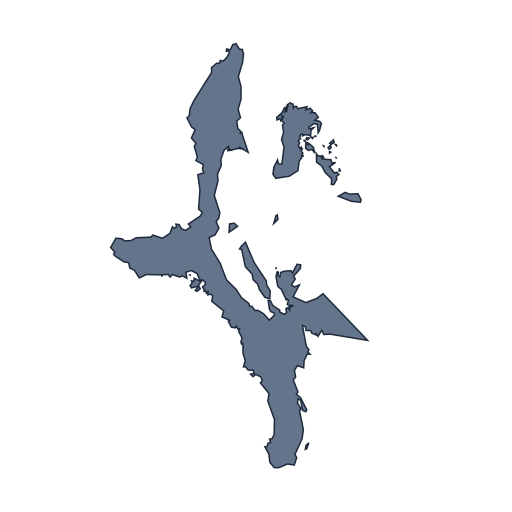 Quezon, Quezon, Philippines, rotated 24°
{"feature_id": "2640588B64856500371355", "entity_name": "Quezon", "entity_type": "district", "adm_level": 2, "iso_a3": "PHL", "parent_name": "Philippines", "parent_adm1": "Quezon", "projection": "orthographic", "projection_center": [122.074, 14.189], "detail": "fine", "context": "isolated", "style": "filled", "palette": "slate", "viewbox_px": 512, "rotation_deg": 24, "n_neighbors": 0, "source": "geoboundaries", "source_scale": "gbopen_adm2", "svg_char_len": 6175}
<svg xmlns="http://www.w3.org/2000/svg" viewBox="0 0 512 512"><g transform="rotate(24 256 256)"><path d="M140.8,106.2L136.1,139.1L135.8,148.2L138.0,155.0L136.7,157.9L144.8,164.4L149.0,165.3L149.0,174.5L155.4,177.6L155.0,180.9L162.2,189.5L162.3,193.3L170.8,193.9L171.6,198.1L174.4,201.2L169.8,205.4L177.8,218.2L184.5,236.6L189.1,237.9L189.0,241.9L181.2,254.3L184.5,255.9L181.3,261.2L176.8,261.4L173.1,258.6L169.9,259.4L171.6,261.9L169.9,264.0L167.8,263.3L168.1,270.5L163.2,277.9L153.3,278.8L152.2,281.6L139.2,288.0L135.4,292.8L130.0,295.6L126.4,294.8L120.8,296.7L119.7,307.3L125.4,309.9L125.2,312.2L127.1,313.3L137.7,315.1L142.4,313.9L145.6,318.3L150.8,318.5L158.3,323.5L163.4,317.5L177.7,311.5L178.4,313.2L178.0,311.3L183.3,308.6L186.1,310.2L187.1,307.0L194.7,306.3L196.9,304.1L201.9,304.4L198.5,299.4L202.8,295.6L209.3,296.0L215.2,301.4L216.2,299.5L220.4,300.6L221.2,303.4L219.7,306.0L223.1,308.6L222.5,310.0L223.9,308.0L225.7,310.1L226.8,308.1L227.7,311.1L230.6,309.1L232.7,310.2L233.9,315.3L248.8,319.3L249.7,325.5L258.1,325.4L257.2,326.9L262.5,331.0L266.2,330.1L266.7,328.0L269.1,330.2L270.5,329.2L270.9,332.0L276.5,336.5L277.3,341.0L278.7,342.3L279.2,341.3L279.6,341.1L283.7,350.2L288.7,356.0L289.7,362.4L291.4,361.3L295.1,363.4L300.1,361.6L302.0,364.0L299.1,366.2L302.4,367.4L304.0,364.3L309.7,364.5L312.6,367.5L311.6,370.1L323.8,376.4L325.8,383.7L339.4,397.9L345.2,411.8L345.0,416.3L342.9,417.8L345.3,420.6L343.1,422.1L343.6,425.7L341.7,426.7L348.3,431.7L352.6,438.9L358.7,441.9L363.1,440.0L369.2,433.3L376.0,431.4L375.2,423.6L372.3,421.5L372.4,404.0L369.9,395.4L359.1,380.2L358.8,376.8L353.7,373.5L352.5,369.4L355.6,369.7L361.3,378.1L364.8,378.0L365.0,376.0L354.2,367.2L349.0,365.9L349.6,363.1L340.5,354.2L341.4,350.3L337.7,345.1L338.4,339.3L345.1,338.8L342.5,332.0L342.7,324.8L345.3,323.6L342.4,322.7L342.4,320.1L338.5,317.8L326.8,300.7L329.9,300.5L332.0,303.7L336.4,301.9L338.2,303.8L342.6,303.7L342.3,303.2L342.4,302.5L345.3,304.3L346.3,297.1L349.9,300.1L355.7,297.2L392.3,287.7L332.5,263.2L329.0,269.8L320.5,278.3L306.5,278.2L307.4,264.7L303.7,268.6L300.1,267.9L301.2,261.0L298.6,259.1L301.6,249.4L300.4,245.9L296.9,246.8L296.2,256.7L293.9,255.2L287.8,258.5L285.2,261.1L286.3,265.3L284.3,265.2L283.0,261.8L282.2,261.5L281.8,262.1L282.7,266.7L288.2,274.8L293.1,276.4L301.6,283.9L302.1,282.5L303.8,283.4L304.2,287.4L307.2,288.3L307.8,286.5L310.0,286.7L307.5,289.4L308.7,291.6L306.2,290.1L304.7,291.9L307.0,295.4L305.6,297.7L300.4,297.5L299.8,295.8L291.3,294.3L287.4,291.0L285.1,291.5L289.7,298.9L292.1,300.8L295.9,300.7L296.8,302.5L294.4,309.2L286.4,305.7L280.0,304.8L277.5,306.2L272.8,303.7L270.4,304.4L268.9,302.3L259.5,299.9L251.7,294.7L238.7,289.8L226.2,277.2L212.6,267.9L205.7,258.2L210.0,253.4L210.8,245.6L205.6,240.8L206.6,236.5L205.4,231.3L193.3,217.7L190.7,202.8L187.5,196.8L187.5,187.6L184.6,181.9L183.8,172.3L186.6,166.2L186.0,167.9L189.7,169.6L186.6,170.2L187.6,171.3L195.7,165.2L195.0,164.5L196.1,164.9L198.1,164.5L198.8,164.2L199.1,163.9L196.9,164.4L196.9,163.3L206.7,164.5L193.4,149.9L191.9,150.0L193.0,149.0L187.4,146.8L183.5,140.5L185.6,136.0L180.0,129.2L178.5,118.8L173.5,107.5L166.9,99.3L165.0,84.7L162.5,76.6L159.4,72.9L156.8,73.8L151.3,70.1L148.8,72.4L148.7,78.1L145.0,78.8L145.7,81.1L147.5,79.7L149.1,81.5L148.4,87.2L146.6,91.4L143.8,91.9L144.3,94.7L141.7,95.9L138.7,102.0L140.8,106.2ZM241.9,98.8L234.2,104.4L232.3,102.8L230.1,103.9L229.9,105.5L228.1,102.2L224.7,102.3L223.0,105.4L224.2,106.0L223.8,107.5L224.5,107.9L224.5,108.3L223.3,107.1L222.9,107.3L224.1,108.7L223.9,109.9L224.6,110.0L225.2,111.4L223.8,112.5L224.3,110.3L222.5,110.4L223.8,108.8L221.7,109.0L221.4,114.6L218.5,121.0L219.9,123.2L221.9,120.8L223.6,122.4L224.0,119.0L222.3,117.3L224.4,117.6L224.3,121.7L227.8,123.5L226.9,125.7L230.9,131.7L231.9,139.2L237.3,145.1L242.3,161.6L238.9,162.6L236.6,159.4L236.2,167.6L238.2,174.4L242.5,177.0L253.9,169.6L259.6,161.0L256.9,152.1L257.7,147.4L256.6,144.7L257.0,143.1L254.5,141.7L254.7,139.5L252.5,140.0L249.9,138.1L249.7,134.8L247.5,133.2L249.1,130.8L247.4,129.6L247.5,126.3L249.2,125.8L249.6,127.4L251.8,125.0L256.9,123.7L255.1,118.8L256.6,115.3L252.8,118.2L251.7,117.1L255.2,111.4L258.7,110.9L262.7,118.2L263.0,115.9L261.9,108.4L259.4,107.1L254.4,108.1L256.6,104.0L251.7,101.1L247.9,102.8L248.8,100.4L245.4,99.0L242.0,102.2L241.9,98.8ZM240.8,247.7L238.6,252.9L238.1,256.3L240.2,255.8L250.6,270.1L259.8,274.1L263.1,278.8L268.9,281.0L272.9,285.4L281.0,290.2L286.0,289.3L283.2,282.1L277.6,278.2L275.6,274.6L256.9,262.7L240.8,247.7ZM285.3,137.5L277.2,140.5L275.8,139.7L275.0,138.1L271.7,139.3L269.6,138.0L273.2,145.7L279.5,147.0L285.3,151.6L293.6,154.7L295.8,160.0L298.0,159.1L298.6,153.0L297.0,150.7L298.6,147.8L295.7,146.6L293.8,148.2L286.8,144.6L290.6,138.2L287.5,140.2L285.3,137.5ZM323.8,157.6L316.2,161.5L311.6,161.6L306.8,168.0L320.9,167.2L329.5,164.5L329.2,161.9L323.8,157.6ZM214.6,301.7L208.5,301.5L209.8,304.2L207.2,305.0L208.7,306.7L207.8,309.9L210.1,311.4L215.5,306.8L214.6,312.2L216.6,312.1L218.4,308.6L215.4,306.5L216.3,301.4L214.6,301.7ZM222.7,234.9L218.8,237.4L221.7,245.3L227.1,236.4L222.7,234.9ZM257.3,131.4L255.5,132.6L257.5,137.4L260.9,138.3L264.0,135.9L267.9,138.1L264.2,133.3L259.1,131.8L257.9,133.4L257.3,131.4ZM380.2,405.2L378.7,408.8L379.7,412.6L380.8,411.3L380.2,405.2ZM258.7,209.8L257.8,211.1L259.0,219.1L261.2,213.7L258.7,209.8ZM278.9,124.4L277.8,127.9L279.5,128.8L280.6,126.5L278.9,124.4ZM281.3,120.6L279.6,118.4L277.4,123.0L279.2,123.5L281.3,120.6ZM256.8,126.6L254.1,127.3L254.4,128.9L256.0,128.7L256.8,126.6ZM277.7,138.5L276.1,137.4L275.8,139.1L277.7,138.5ZM298.4,144.0L296.4,142.0L297.5,144.6L298.4,144.0ZM285.4,123.0L283.9,121.6L283.2,121.9L285.4,123.0ZM254.1,139.0L253.0,138.1L252.8,139.6L254.1,139.0ZM255.5,131.3L253.4,130.6L252.3,131.1L255.5,131.3ZM282.1,130.7L280.7,130.8L281.3,132.1L282.1,130.7ZM274.4,128.1L272.9,128.0L273.5,128.5L274.4,128.1ZM259.8,125.7L260.0,124.6L258.1,125.0L259.8,125.7ZM258.4,145.3L256.8,144.9L258.4,145.5L258.4,145.3ZM262.6,122.3L261.3,122.1L261.0,122.7L262.6,122.3ZM204.0,299.6L203.3,300.2L203.7,300.3L204.0,299.6ZM290.2,133.7L289.0,133.6L289.1,133.8L290.2,133.7ZM279.2,258.8L279.0,259.0L279.6,259.8L279.2,258.8Z" fill="#64748b" stroke="#1e293b" stroke-width="1.5"/></g></svg>